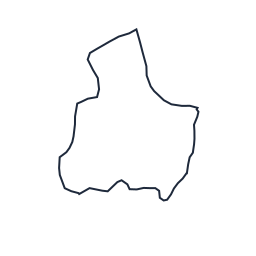 Thaechon, P'yŏngan-bukto, North Korea (Mercator projection), rotated 215°
{"feature_id": "82179303B82011588476807", "entity_name": "Thaechon", "entity_type": "district", "adm_level": 2, "iso_a3": "PRK", "parent_name": "North Korea", "parent_adm1": "P'yŏngan-bukto", "projection": "mercator", "projection_center": [125.154, 40.185], "detail": "fine", "context": "isolated", "style": "outline", "palette": "slate", "viewbox_px": 256, "rotation_deg": 215, "n_neighbors": 0, "source": "geoboundaries", "source_scale": "gbopen_adm2", "svg_char_len": 994}
<svg xmlns="http://www.w3.org/2000/svg" viewBox="0 0 256 256"><g transform="rotate(215 128 128)"><path d="M130.1,45.9L125.0,56.7L113.1,61.9L108.3,64.5L107.0,71.1L105.7,77.6L103.3,81.5L96.2,81.5L91.6,78.8L85.6,82.7L80.8,87.9L74.8,91.8L71.2,94.4L66.5,94.4L61.9,89.1L57.2,89.1L54.8,91.7L54.7,98.3L55.7,104.8L55.5,111.4L54.2,117.9L54.1,124.5L53.8,124.7L57.9,132.8L60.7,139.4L60.7,145.0L61.7,146.9L64.5,152.5L67.3,157.2L72.0,163.8L75.8,168.5L77.7,177.0L79.6,181.7L82.4,182.6L82.6,184.4L90.0,181.7L96.6,177.0L106.0,172.3L114.5,171.3L127.7,173.2L133.3,175.1L142.8,181.7L148.4,189.2L159.7,198.6L167.3,205.1L177.7,213.6L181.4,206.1L188.0,197.6L192.7,188.2L198.4,176.0L199.5,173.6L202.2,167.6L200.3,161.0L189.9,155.4L181.4,151.6L173.9,143.1L171.1,135.6L177.7,129.0L181.4,122.4L183.6,118.9L178.0,107.1L173.5,100.5L167.8,89.9L165.6,84.6L164.5,78.1L164.6,72.8L167.2,64.9L161.5,55.7L156.9,50.4L151.1,46.4L145.3,42.4L138.2,43.7L131.1,46.3L130.1,45.9Z" fill="none" stroke="#1e293b" stroke-width="2"/></g></svg>